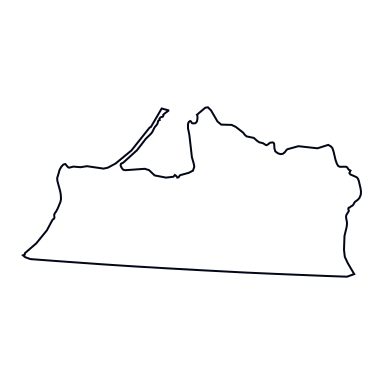 Kaliningrad, Albers equal-area conic projection
{"feature_id": "RUS-2324", "entity_name": "Kaliningrad", "entity_type": "Region", "adm_level": 1, "iso_a3": "RUS", "parent_name": "Russia", "parent_adm1": "", "projection": "albers", "projection_center": [21.339, 54.816], "detail": "fine", "context": "isolated", "style": "outline", "palette": "ink", "viewbox_px": 384, "rotation_deg": 0, "n_neighbors": 0, "source": "natural_earth", "source_scale": "10m", "svg_char_len": 2514}
<svg xmlns="http://www.w3.org/2000/svg" viewBox="0 0 384 384"><path d="M207.9,107.3L211.1,110.5L217.5,121.5L221.2,124.6L231.6,124.9L235.8,126.9L243.1,132.6L244.9,134.9L246.6,136.4L253.8,137.9L257.3,141.0L259.3,142.3L263.0,143.2L265.5,144.8L266.5,145.2L267.4,144.8L270.1,142.7L272.7,142.4L274.0,143.3L274.3,145.3L274.4,148.3L275.3,151.3L277.7,153.2L280.4,154.1L282.8,153.8L284.7,152.4L285.9,150.7L287.2,149.3L298.4,146.2L300.3,146.4L317.5,148.3L328.2,144.9L330.8,146.3L331.4,147.0L332.4,148.1L333.6,151.7L335.5,159.8L336.9,163.8L338.2,166.0L339.9,166.8L345.7,166.7L346.7,167.0L347.4,167.7L348.1,168.9L349.2,170.0L350.5,170.6L349.4,173.0L350.3,174.4L356.6,177.2L357.9,178.6L358.8,180.9L360.5,188.2L361.0,191.5L360.8,194.7L359.5,197.8L358.0,199.6L354.8,202.0L353.4,204.5L352.6,205.5L350.8,206.5L349.7,207.5L348.8,207.7L348.5,208.0L348.3,208.9L348.5,209.8L348.8,210.6L348.7,211.3L346.5,214.7L346.1,216.0L346.1,217.8L346.9,221.9L347.0,223.9L346.6,227.2L344.5,235.8L344.0,249.8L344.8,256.8L347.7,263.0L354.2,274.1L347.0,276.7L327.3,276.0L302.7,275.0L273.5,273.8L244.3,272.5L198.8,270.1L161.3,268.0L131.0,266.2L100.7,264.2L60.1,261.3L38.5,259.7L30.4,259.1L25.2,257.2L23.0,255.3L24.8,254.6L24.9,253.2L36.4,243.2L46.9,230.3L52.4,220.0L53.0,219.3L53.5,219.1L53.8,218.9L54.3,218.1L54.4,217.2L54.2,215.2L54.3,214.4L54.9,213.1L56.0,211.7L57.6,208.7L60.4,202.0L61.0,199.1L60.8,194.8L60.2,191.3L57.7,182.1L57.3,180.4L57.2,178.0L58.7,173.1L59.5,170.0L61.2,166.9L63.3,164.6L65.3,164.0L67.9,167.1L69.1,167.7L73.4,166.6L80.5,167.2L87.0,166.2L103.5,168.6L107.8,167.7L115.6,163.5L131.4,150.5L149.6,127.6L151.0,126.8L161.7,108.5L168.3,110.3L168.3,110.8L164.5,113.6L163.3,114.7L163.5,115.3L162.9,116.6L160.4,117.4L159.4,118.8L159.7,120.1L158.6,120.5L158.1,121.1L157.9,122.3L157.4,123.8L156.7,124.9L155.0,126.8L154.2,128.1L152.3,132.0L151.1,133.6L145.9,138.7L137.0,150.2L123.5,162.4L122.5,163.1L121.6,163.4L120.9,163.9L120.6,165.5L120.9,166.4L121.7,167.8L122.6,169.1L123.4,169.8L125.3,170.2L144.7,168.8L149.0,170.1L154.6,175.4L165.9,177.6L173.2,176.8L174.4,175.7L174.9,175.0L176.0,175.8L177.0,177.0L177.3,177.6L178.5,177.3L179.1,176.6L179.5,175.8L180.1,175.2L188.8,172.8L193.0,170.6L194.3,166.6L193.6,163.1L191.9,157.2L189.4,135.2L189.1,133.7L189.0,133.1L188.2,129.2L188.0,128.8L188.0,124.7L188.2,123.2L188.8,122.0L190.1,121.0L191.0,121.5L191.6,122.6L192.3,123.3L193.7,123.4L194.9,123.3L196.0,122.7L196.9,121.4L197.3,119.9L197.5,117.7L197.4,115.7L196.9,114.8L205.3,107.7L207.9,107.3Z" fill="none" stroke="#020617" stroke-width="2"/></svg>